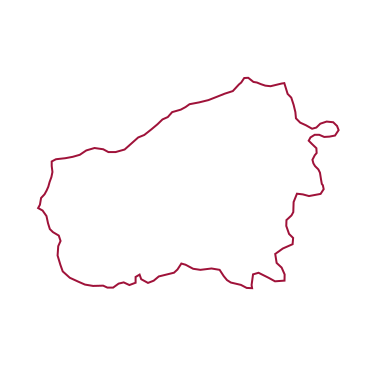 Bräcke, Jämtland, Sweden (Mercator projection), rotated 171°
{"feature_id": "70781695B53803129879670", "entity_name": "Bräcke", "entity_type": "district", "adm_level": 2, "iso_a3": "SWE", "parent_name": "Sweden", "parent_adm1": "Jämtland", "projection": "mercator", "projection_center": [15.509, 62.864], "detail": "fine", "context": "isolated", "style": "outline", "palette": "rose", "viewbox_px": 384, "rotation_deg": 171, "n_neighbors": 0, "source": "geoboundaries", "source_scale": "gbopen_adm2", "svg_char_len": 1886}
<svg xmlns="http://www.w3.org/2000/svg" viewBox="0 0 384 384"><g transform="rotate(171 192 192)"><path d="M83.8,285.1L86.6,285.1L97.9,284.2L103.0,285.6L107.2,287.8L110.8,290.0L114.1,291.1L118.6,296.0L122.6,296.4L126.3,292.4L128.8,290.9L135.9,285.3L144.3,284.0L153.2,282.0L161.4,280.2L170.9,279.4L180.7,279.1L185.1,276.9L190.2,275.1L199.1,274.0L204.2,269.8L209.8,268.3L215.5,264.3L222.2,260.3L230.2,255.8L236.6,254.3L251.9,244.5L261.2,243.4L268.3,244.5L273.0,248.1L281.4,250.7L289.9,249.6L297.0,246.3L304.3,245.4L311.8,245.2L320.3,245.6L321.4,245.6L325.8,244.1L326.5,239.6L326.7,233.6L328.5,228.8L331.1,224.1L333.1,219.7L335.3,216.3L338.0,212.8L342.0,209.7L344.2,203.2L346.5,200.2L342.5,197.1L339.5,191.0L339.1,183.7L338.2,177.6L335.6,174.1L330.4,169.8L329.5,164.2L332.6,159.4L334.7,150.3L333.4,140.7L332.1,133.8L326.1,126.4L318.3,121.2L312.2,117.3L304.4,114.7L294.4,113.4L290.5,110.8L284.9,109.9L278.8,113.0L273.6,113.4L268.4,109.9L261.9,111.2L261.0,116.9L256.7,118.6L255.8,113.8L249.7,109.1L243.7,110.4L238.0,113.8L222.4,115.1L218.5,117.7L213.7,123.0L209.8,121.2L202.9,116.0L195.9,113.8L184.7,113.4L176.9,110.8L173.8,103.9L171.2,99.5L167.8,96.5L158.2,92.6L153.0,88.7L147.7,87.6L147.7,90.8L144.6,101.1L138.9,101.8L129.8,95.3L124.0,90.8L114.5,90.0L113.4,96.1L115.3,103.3L119.5,108.7L119.5,117.8L111.1,122.0L100.8,124.7L99.3,130.8L102.7,135.4L104.2,143.7L103.1,149.5L97.4,153.3L95.1,156.3L93.2,166.2L88.6,173.9L82.9,172.3L77.1,169.7L65.3,170.0L61.5,174.2L61.7,178.2L62.5,179.6L62.6,184.1L62.6,191.1L63.7,194.6L66.4,198.3L67.6,201.2L68.0,205.0L65.0,209.1L62.8,211.0L62.3,215.8L66.1,220.8L68.7,224.4L66.4,227.4L61.9,229.3L57.4,228.6L52.8,225.7L47.6,225.2L41.9,225.4L37.5,230.2L38.4,234.5L41.6,238.8L48.0,240.5L54.6,239.4L59.1,236.2L63.5,235.7L68.9,240.0L74.3,243.6L77.8,248.5L77.4,254.8L78.0,262.2L79.2,269.7L82.2,273.9L83.8,285.1Z" fill="none" stroke="#9f1239" stroke-width="2"/></g></svg>